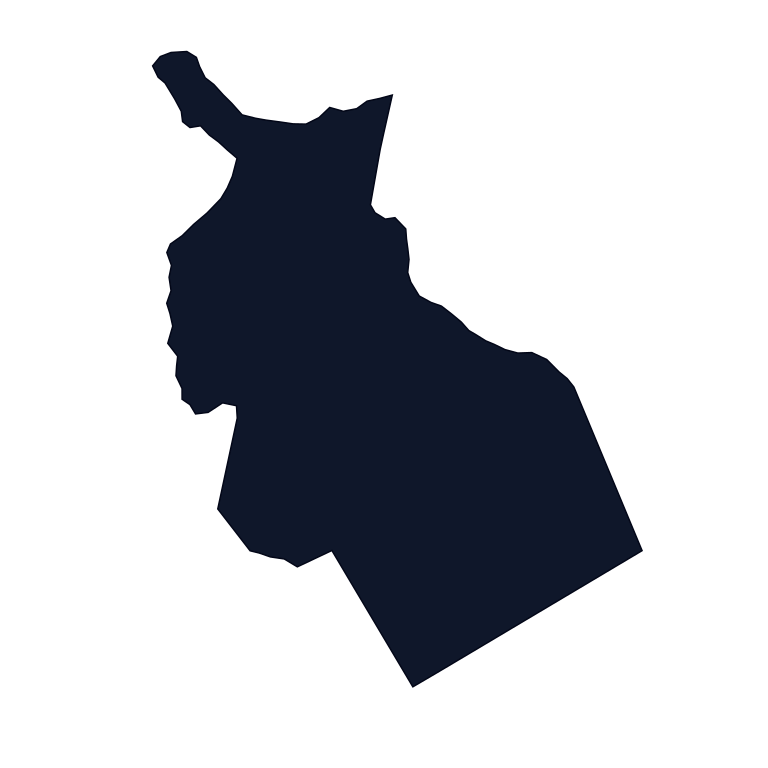 Cravolândia, Bahia, Brazil (Mercator projection), rotated 190°
{"feature_id": "56859067B17277880665383", "entity_name": "Cravolândia", "entity_type": "district", "adm_level": 2, "iso_a3": "BRA", "parent_name": "Brazil", "parent_adm1": "Bahia", "projection": "mercator", "projection_center": [-39.753, -13.429], "detail": "fine", "context": "isolated", "style": "filled", "palette": "ink", "viewbox_px": 768, "rotation_deg": 190, "n_neighbors": 0, "source": "geoboundaries", "source_scale": "gbopen_adm2", "svg_char_len": 1358}
<svg xmlns="http://www.w3.org/2000/svg" viewBox="0 0 768 768"><g transform="rotate(190 384 384)"><path d="M486.9,196.5L477.7,195.9L465.9,194.0L451.9,194.4L437.6,188.9L406.4,211.0L303.0,90.8L279.6,110.7L100.9,264.7L196.5,414.0L204.5,421.1L213.6,426.2L227.9,436.3L243.9,440.6L257.6,437.7L270.9,438.9L282.5,442.2L291.4,444.2L301.5,448.3L309.8,451.4L318.6,458.4L328.9,464.3L341.0,470.7L351.9,472.5L364.6,476.8L375.3,488.9L380.0,497.9L381.0,511.0L384.0,521.2L387.0,530.6L389.5,540.5L402.1,549.7L411.4,546.6L422.6,551.1L428.5,558.1L428.5,614.4L427.9,629.3L426.0,670.0L437.8,664.5L449.8,659.6L458.7,650.4L471.5,645.5L485.5,646.9L494.3,635.0L505.9,626.4L518.6,624.4L531.9,624.0L546.0,623.4L556.8,623.4L570.5,624.4L582.7,634.0L592.8,641.0L603.6,649.4L613.3,654.5L620.7,664.5L625.5,673.1L635.9,677.2L651.3,673.5L661.2,667.6L667.1,657.1L659.7,646.9L651.9,642.4L639.7,628.5L631.0,617.4L627.9,607.4L619.6,602.9L609.5,606.4L599.2,598.8L589.0,593.7L578.3,586.9L567.9,580.8L569.4,562.2L572.4,549.7L576.8,538.2L588.0,521.6L599.2,508.1L608.5,495.0L618.6,484.8L620.7,475.8L613.9,463.9L614.2,451.8L609.9,438.9L612.0,425.8L607.0,416.2L602.1,404.3L604.0,386.5L592.0,375.5L591.4,366.0L590.3,356.0L582.1,344.5L580.2,333.9L571.5,330.0L564.4,321.8L552.3,325.5L539.7,337.4L525.5,337.0L522.6,324.9L526.0,232.1L486.9,196.5Z" fill="#0f172a" stroke="#020617" stroke-width="1.5"/></g></svg>